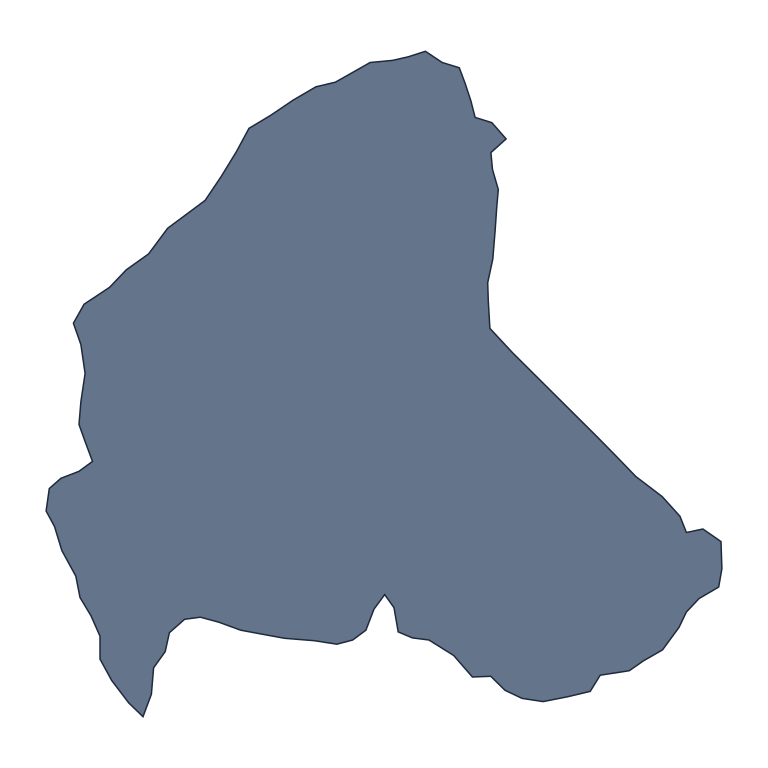 the district of Arujá, São Paulo, Brazil
{"feature_id": "56859067B32247478352498", "entity_name": "Arujá", "entity_type": "district", "adm_level": 2, "iso_a3": "BRA", "parent_name": "Brazil", "parent_adm1": "São Paulo", "projection": "albers", "projection_center": [-46.318, -23.38], "detail": "fine", "context": "isolated", "style": "filled", "palette": "slate", "viewbox_px": 768, "rotation_deg": 0, "n_neighbors": 0, "source": "geoboundaries", "source_scale": "gbopen_adm2", "svg_char_len": 1341}
<svg xmlns="http://www.w3.org/2000/svg" viewBox="0 0 768 768"><path d="M721.0,541.6L702.9,529.0L686.4,532.5L680.0,516.3L662.2,496.6L635.8,476.5L615.8,455.8L597.1,436.8L512.5,352.7L489.9,328.4L488.3,301.3L487.7,282.7L492.8,259.1L495.1,231.0L496.7,207.8L498.3,189.5L492.5,169.5L490.9,152.6L506.1,138.9L491.9,122.7L475.1,117.4L470.9,100.9L465.1,83.3L459.3,67.8L442.2,62.5L425.4,51.3L407.9,56.9L392.4,60.4L370.1,62.5L352.7,72.4L335.3,82.2L315.9,86.8L293.0,100.2L270.7,115.3L249.0,128.3L236.5,151.5L221.0,176.8L205.1,200.4L186.7,214.1L167.7,228.2L148.6,253.9L126.4,269.7L109.6,287.3L84.1,304.2L73.4,323.2L80.9,344.6L85.1,373.5L80.9,401.6L79.0,424.5L84.8,440.7L92.5,461.4L79.0,471.3L60.9,478.3L49.3,488.5L46.1,511.0L54.5,526.5L61.9,550.7L75.8,576.1L80.0,597.5L91.0,615.8L100.0,636.2L100.0,659.1L111.7,680.5L128.8,703.0L143.0,716.7L151.4,694.2L153.6,667.8L165.2,651.6L169.4,632.7L184.6,619.3L200.4,617.2L218.5,622.1L240.7,630.2L263.3,634.4L284.6,638.3L314.3,640.7L336.9,644.2L352.7,640.0L365.9,630.2L374.0,609.1L384.7,594.6L394.0,607.7L398.2,631.9L412.4,637.9L428.9,640.0L453.7,655.5L472.4,677.0L490.8,676.3L505.0,690.3L522.1,698.4L543.1,701.6L567.9,696.7L590.2,691.4L600.2,675.2L629.3,670.7L643.5,660.8L662.5,649.9L679.0,627.4L686.4,612.0L699.0,598.6L718.7,587.0L721.9,568.7L721.0,541.6Z" fill="#64748b" stroke="#1e293b" stroke-width="1.5"/></svg>